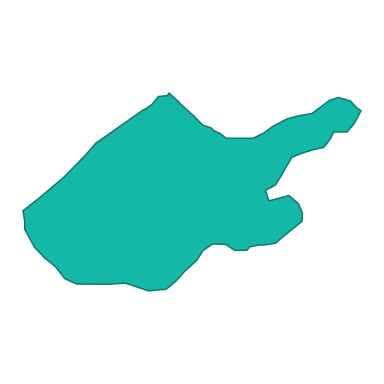 the district of Leksand, Dalarna, Sweden
{"feature_id": "70781695B69535190961561", "entity_name": "Leksand", "entity_type": "district", "adm_level": 2, "iso_a3": "SWE", "parent_name": "Sweden", "parent_adm1": "Dalarna", "projection": "orthographic", "projection_center": [15.093, 60.74], "detail": "fine", "context": "isolated", "style": "filled", "palette": "teal", "viewbox_px": 384, "rotation_deg": 0, "n_neighbors": 0, "source": "geoboundaries", "source_scale": "gbopen_adm2", "svg_char_len": 1119}
<svg xmlns="http://www.w3.org/2000/svg" viewBox="0 0 384 384"><path d="M23.0,210.6L24.7,221.2L24.7,229.4L34.5,247.1L44.4,257.8L55.5,266.7L64.8,278.6L73.2,282.5L76.6,284.0L91.9,284.1L109.0,284.2L124.9,283.1L136.1,286.7L148.5,290.9L166.2,289.2L176.2,280.9L184.5,271.5L196.8,260.3L203.3,250.3L212.7,243.9L225.7,244.4L234.5,250.3L246.9,250.3L249.8,246.8L259.2,245.0L262.6,245.0L263.9,245.0L275.7,243.1L276.7,242.2L280.9,238.4L289.7,231.3L302.0,221.3L302.5,213.1L298.4,203.7L289.0,195.5L269.0,200.9L265.5,190.3L275.4,185.0L281.3,175.6L291.7,157.4L301.6,153.3L313.3,149.7L323.8,147.3L330.2,139.1L333.7,132.0L347.1,131.9L354.1,123.7L361.0,110.8L356.8,107.9L356.3,107.3L350.4,100.9L338.1,97.5L329.4,100.5L318.3,108.8L311.9,113.5L297.9,115.9L287.4,118.8L273.5,125.9L263.0,133.5L253.0,138.3L239.0,138.3L226.1,138.3L220.3,133.6L213.9,130.7L211.1,127.9L211.3,127.9L203.0,125.3L193.0,115.3L178.2,101.9L178.6,101.8L169.1,93.1L167.2,95.7L158.4,96.5L151.9,104.5L144.9,109.2L145.0,109.3L143.6,109.6L96.6,142.7L96.3,142.6L85.9,154.7L64.0,177.1L40.5,197.0L23.4,210.5L23.0,210.6Z" fill="#14b8a6" stroke="#0f766e" stroke-width="1.5"/></svg>